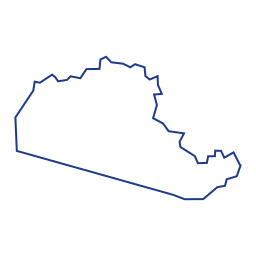 outline of Amelia, Virginia, United States of America
{"feature_id": "52423323B30039093063253", "entity_name": "Amelia", "entity_type": "district", "adm_level": 2, "iso_a3": "USA", "parent_name": "United States of America", "parent_adm1": "Virginia", "projection": "robinson", "projection_center": [-77.89, 37.345], "detail": "fine", "context": "isolated", "style": "outline", "palette": "blue", "viewbox_px": 256, "rotation_deg": 0, "n_neighbors": 0, "source": "geoboundaries", "source_scale": "gbopen_adm2", "svg_char_len": 714}
<svg xmlns="http://www.w3.org/2000/svg" viewBox="0 0 256 256"><path d="M184.6,199.2L203.2,199.1L217.3,187.2L225.0,185.8L226.7,179.3L236.8,176.2L240.6,165.4L240.0,165.0L233.5,152.4L224.3,157.7L221.0,150.9L215.3,150.6L214.9,156.2L208.1,156.3L206.9,162.9L197.9,163.2L194.8,156.1L180.4,147.0L179.6,141.7L184.0,133.4L168.6,131.2L163.1,123.5L153.1,118.2L156.9,105.1L154.1,94.5L161.8,93.9L157.9,84.9L157.6,76.2L149.7,79.5L145.4,76.0L144.6,67.3L135.1,64.2L130.4,67.3L123.0,63.7L111.3,62.3L106.0,56.8L100.4,59.6L99.5,68.9L86.5,69.1L80.3,78.2L70.6,76.3L67.0,79.9L58.1,81.3L55.1,77.0L52.1,74.7L39.9,82.7L34.7,81.7L33.3,90.6L15.4,117.4L16.8,150.9L173.0,194.8L184.6,199.2Z" fill="none" stroke="#1e3a8a" stroke-width="2"/></svg>